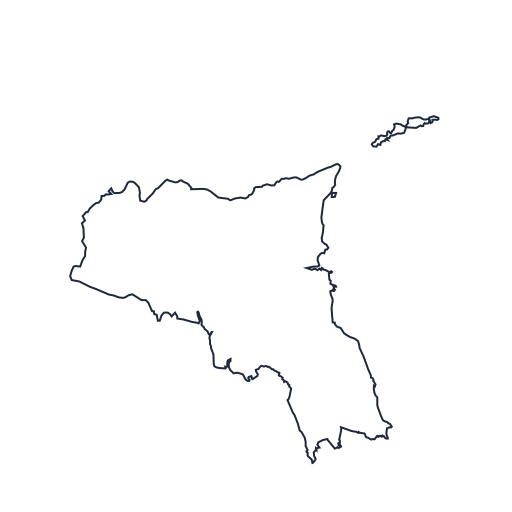 Western Area Rural, Western, Sierra Leone (Albers equal-area conic projection), rotated 196°
{"feature_id": "65957751B56468197775265", "entity_name": "Western Area Rural", "entity_type": "district", "adm_level": 2, "iso_a3": "SLE", "parent_name": "Sierra Leone", "parent_adm1": "Western", "projection": "albers", "projection_center": [-13.169, 8.289], "detail": "fine", "context": "isolated", "style": "outline", "palette": "slate", "viewbox_px": 512, "rotation_deg": 196, "n_neighbors": 0, "source": "geoboundaries", "source_scale": "gbopen_adm2", "svg_char_len": 6099}
<svg xmlns="http://www.w3.org/2000/svg" viewBox="0 0 512 512"><g transform="rotate(196 256 256)"><path d="M314.4,174.2L308.1,175.0L299.6,175.0L293.8,175.6L292.6,175.4L292.1,178.0L296.1,183.7L296.2,184.9L297.0,185.8L296.4,186.5L295.4,185.7L294.1,183.2L290.8,179.7L289.8,177.4L289.5,174.9L286.5,173.1L285.4,171.8L281.8,170.2L279.9,167.8L279.0,167.5L278.6,167.7L277.7,170.7L277.3,170.8L278.3,166.5L278.3,164.7L276.8,161.8L275.9,158.7L274.3,156.7L273.9,155.2L269.8,149.7L266.8,140.4L265.5,138.5L263.3,138.0L259.7,138.3L254.4,139.5L254.6,140.6L254.9,141.0L253.8,140.9L253.3,141.8L254.4,146.8L253.8,148.5L252.1,150.0L251.6,147.8L252.5,147.2L252.5,144.7L251.4,141.7L249.4,139.3L245.1,137.0L242.6,138.4L240.7,138.8L235.9,138.5L231.7,134.2L229.7,133.6L228.5,133.8L228.0,134.1L228.1,135.2L229.9,136.6L229.7,137.6L227.5,139.3L226.9,138.8L226.3,137.2L225.6,136.6L225.2,136.8L221.6,141.1L221.6,142.7L224.6,145.6L224.8,146.5L222.6,148.0L221.0,151.6L220.5,152.0L218.0,151.9L216.0,153.1L214.0,152.6L213.0,153.2L209.8,151.6L209.0,151.5L208.4,151.9L206.6,150.9L205.1,150.9L203.1,150.1L201.3,150.2L201.1,149.8L201.4,148.0L201.1,147.5L200.4,147.2L198.9,147.2L196.8,146.3L196.8,144.8L194.7,144.1L194.2,142.7L193.0,143.7L191.8,143.4L190.3,142.5L189.9,141.5L188.5,141.2L188.2,139.8L185.7,138.3L185.0,129.7L185.3,127.3L186.0,126.2L177.5,115.7L175.2,113.8L169.7,106.6L165.9,100.3L163.6,99.3L159.0,94.7L157.0,90.9L155.8,86.8L153.0,83.9L152.9,83.2L153.7,82.3L153.0,81.3L152.0,81.0L151.4,78.5L150.7,77.8L146.3,75.6L144.7,72.6L144.0,73.2L142.7,77.2L143.3,78.2L144.9,79.5L146.4,83.3L145.0,85.9L145.3,87.2L144.5,86.5L144.9,87.9L142.2,89.3L145.0,91.6L144.6,94.2L140.9,97.6L136.9,99.7L136.3,98.9L127.2,92.6L125.2,94.1L125.0,94.8L123.6,94.3L121.7,96.2L122.0,96.8L124.4,97.0L125.3,98.7L124.7,99.3L123.8,99.0L124.6,101.9L125.4,102.3L126.0,111.0L126.6,114.0L127.1,114.8L115.7,114.1L111.1,114.6L109.1,114.1L108.7,114.2L108.7,115.1L107.0,114.7L103.1,115.3L102.2,114.9L100.7,112.6L100.1,112.2L98.4,112.2L94.5,111.3L93.1,112.4L91.6,112.4L90.0,116.3L89.4,115.9L88.8,116.5L88.3,116.1L87.2,117.4L85.4,117.0L85.4,118.0L84.9,118.4L84.1,117.9L83.2,118.0L82.3,117.0L80.7,116.4L79.0,116.8L79.1,117.4L81.0,119.7L81.9,121.9L82.6,126.4L80.3,128.1L78.8,128.6L78.4,129.3L81.1,131.6L82.7,131.7L84.3,132.6L86.1,132.5L88.2,132.9L89.6,134.0L92.2,137.3L97.3,144.3L98.3,146.1L100.4,153.5L102.7,155.0L104.4,157.1L106.1,160.6L106.9,163.7L105.8,163.3L105.7,165.5L108.9,168.3L108.7,168.9L110.1,170.7L111.9,170.8L113.0,173.3L117.0,178.1L124.8,188.9L131.1,196.2L132.3,199.0L134.5,202.4L138.6,203.8L143.1,204.0L148.2,205.3L150.2,206.1L154.7,210.1L158.9,210.5L161.3,212.2L162.0,213.7L164.0,213.3L169.0,226.6L170.0,234.4L170.9,236.3L173.5,239.5L174.9,242.5L173.5,243.7L171.4,243.8L171.0,244.8L172.6,244.6L172.7,245.2L171.5,245.8L173.0,247.9L170.6,248.6L171.4,249.5L173.8,249.3L176.8,249.8L177.4,252.9L178.9,253.5L181.0,258.7L180.9,259.7L178.8,260.8L178.5,261.6L179.2,262.1L180.1,261.7L181.0,260.6L185.0,261.7L188.0,261.6L188.4,262.4L189.5,262.7L189.7,260.5L191.5,261.4L193.0,259.4L194.8,259.8L196.6,259.7L198.4,258.1L204.0,258.4L198.4,261.4L193.9,262.9L192.5,264.4L195.6,268.8L196.2,271.9L194.6,275.9L193.1,277.3L191.2,277.4L191.1,281.2L189.5,281.9L188.7,283.8L191.6,286.4L193.4,286.6L196.4,288.2L197.8,291.3L198.1,296.5L199.5,304.2L201.0,305.3L202.1,307.0L203.8,311.1L206.3,328.3L201.8,336.8L201.1,339.5L201.4,342.5L200.4,343.6L199.5,346.2L200.5,348.4L201.1,352.3L201.0,355.1L199.7,360.1L199.3,363.7L199.6,365.6L202.4,366.9L203.9,366.6L208.7,362.3L211.5,360.6L218.5,355.0L221.1,352.7L222.7,350.6L226.8,347.9L230.3,343.9L232.1,342.4L233.9,341.8L239.1,342.7L241.8,341.7L245.4,339.4L249.2,338.9L250.6,337.7L252.5,337.4L254.5,333.5L255.9,333.5L256.6,333.0L257.9,329.0L260.7,328.0L265.1,328.0L268.8,325.5L269.4,324.1L275.1,322.2L276.4,320.6L276.0,318.7L276.8,314.7L278.1,313.3L279.6,312.4L279.8,310.7L282.1,308.4L286.9,307.9L291.9,305.6L295.8,302.6L296.9,302.6L298.5,303.3L308.4,301.8L317.5,305.6L321.5,306.4L325.1,306.0L336.7,302.3L336.9,303.6L341.5,306.7L346.3,307.4L348.6,308.2L350.2,307.4L351.6,305.5L354.0,304.5L360.5,304.5L362.3,305.0L363.9,303.3L368.7,294.4L370.9,292.4L372.6,287.4L376.4,280.7L376.5,279.3L378.4,277.3L382.6,277.4L384.7,282.0L385.0,284.8L387.5,289.8L392.9,293.0L395.4,293.4L398.1,292.6L399.5,291.0L400.7,283.7L402.6,280.3L405.1,278.8L409.6,277.4L411.6,278.5L413.8,281.1L415.5,277.6L412.2,275.7L415.5,274.2L417.3,273.9L418.4,272.0L421.0,271.2L420.3,267.5L421.8,264.1L424.3,262.7L426.2,260.4L428.8,255.9L429.9,251.8L431.3,251.5L433.6,246.6L430.2,242.9L432.4,239.5L429.5,235.1L426.5,226.1L427.3,222.4L421.7,217.2L421.4,213.1L420.3,208.9L421.7,203.7L422.1,197.4L426.9,196.6L428.4,195.5L429.1,191.0L429.1,185.4L426.5,182.1L418.8,182.8L406.9,180.6L401.0,180.2L386.8,178.4L381.7,178.8L376.5,178.4L372.1,179.1L369.9,180.6L367.6,183.2L364.3,185.1L354.0,182.1L349.6,183.2L346.6,181.4L340.7,174.3L338.9,174.7L337.8,172.1L335.2,172.1L332.6,166.8L330.7,167.2L330.4,172.8L328.9,176.2L325.2,177.3L322.3,176.2L320.4,174.7L318.2,179.2L315.2,176.5L314.4,174.2ZM174.9,396.9L175.5,395.3L173.7,393.7L170.4,394.3L169.5,397.2L167.1,397.1L167.2,399.8L165.0,401.8L163.8,401.9L163.8,403.7L161.4,403.7L162.8,404.7L162.8,405.3L162.0,405.9L160.3,406.1L159.7,408.9L157.6,409.6L153.5,412.9L150.5,413.5L147.6,415.2L147.2,419.8L147.9,421.4L150.7,421.6L153.2,422.4L157.5,422.0L159.6,420.6L158.6,419.2L158.3,418.1L158.6,414.9L159.5,414.0L159.9,411.4L160.6,411.2L162.8,412.5L163.6,412.1L164.0,411.0L163.3,409.0L163.8,407.5L165.8,406.6L169.0,406.4L170.3,405.0L171.3,404.8L170.5,402.6L172.5,401.4L172.9,398.7L174.9,396.9ZM146.3,425.7L147.9,422.5L146.3,421.3L137.3,423.3L133.9,426.8L132.4,426.4L131.1,427.0L131.2,428.5L130.6,430.2L129.7,429.9L127.4,430.8L126.2,431.9L126.9,434.0L127.9,435.7L129.7,434.3L132.1,433.5L133.7,433.6L136.0,434.4L138.2,434.1L141.8,432.6L143.3,431.5L147.2,430.4L147.3,427.0L146.3,425.7ZM123.5,439.4L127.5,436.9L127.5,435.9L124.7,432.0L123.6,432.9L123.3,434.0L123.9,435.5L121.6,436.4L119.4,436.7L118.3,437.7L118.7,439.0L120.4,439.3L123.5,439.4ZM200.4,337.6L199.4,333.5L196.5,334.6L196.4,338.7L200.4,337.6Z" fill="none" stroke="#1e293b" stroke-width="2"/></g></svg>